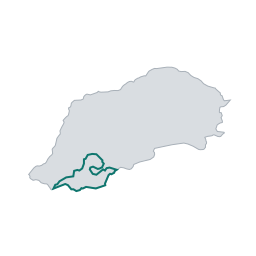 location of Borsod-Abaúj-Zemplén within Hungary, rotated 171°
{"feature_id": "HUN-3168", "entity_name": "Borsod-Abaúj-Zemplén", "entity_type": "County", "adm_level": 1, "iso_a3": "HUN", "parent_name": "Hungary", "parent_adm1": "", "projection": "robinson", "projection_center": [21.025, 48.121], "detail": "coarse", "context": "in_parent", "style": "outline", "palette": "teal", "viewbox_px": 256, "rotation_deg": 171, "n_neighbors": 0, "source": "natural_earth", "source_scale": "10m", "svg_char_len": 3204}
<svg xmlns="http://www.w3.org/2000/svg" viewBox="0 0 256 256"><g transform="rotate(171 128 128)"><path d="M210.3,79.7L213.2,79.4L213.3,79.4L214.0,79.6L214.5,81.4L214.6,81.5L215.3,82.7L216.0,84.3L217.0,85.5L219.3,86.0L222.3,87.5L224.2,90.2L227.1,91.4L227.3,91.4L227.9,91.3L230.0,91.2L230.4,91.7L232.1,93.1L232.8,94.3L232.4,95.5L232.7,97.0L233.4,97.5L232.6,98.4L227.3,103.2L225.1,104.5L223.7,104.8L221.5,104.3L219.2,104.6L217.2,105.7L215.3,106.0L213.9,107.2L212.1,109.8L209.8,112.0L207.5,113.4L206.4,114.6L206.2,118.9L205.0,120.1L203.3,121.3L202.4,122.4L199.8,128.9L197.8,131.0L195.9,132.6L195.6,134.0L195.7,135.7L193.5,139.0L190.8,142.4L190.2,143.8L190.9,145.7L188.2,147.9L186.6,149.0L185.3,149.5L184.5,150.9L183.2,154.2L183.6,155.7L183.6,157.1L181.4,157.9L180.7,159.4L180.1,161.3L179.2,162.1L176.6,163.7L170.3,163.0L167.9,163.5L167.2,164.6L167.0,165.5L166.2,166.4L164.8,167.4L163.3,167.9L160.0,166.6L152.9,167.9L151.6,168.9L150.7,168.2L149.1,167.6L142.0,166.8L139.2,167.4L135.5,167.2L132.0,166.5L129.4,167.1L127.1,169.7L126.0,170.6L125.1,171.1L123.1,172.0L121.5,173.0L119.3,173.7L117.3,173.6L115.5,172.5L114.8,172.7L114.2,173.8L113.2,174.6L110.5,175.7L109.8,175.7L109.6,175.7L107.5,176.5L104.0,177.0L102.3,176.7L99.0,180.3L98.1,181.0L95.0,182.1L92.5,182.7L90.4,182.2L89.6,182.2L80.2,182.0L75.3,181.2L72.2,179.8L70.1,178.2L69.1,176.4L66.7,175.4L62.8,175.0L59.9,173.2L57.8,170.1L54.9,167.6L51.3,165.8L48.5,163.2L46.4,159.9L42.6,156.9L37.1,154.3L35.5,153.7L35.2,152.8L32.5,149.5L31.4,148.3L31.5,146.6L31.0,145.7L30.0,145.1L29.6,142.7L29.3,140.9L28.5,139.8L22.6,139.6L27.7,135.3L30.2,134.2L33.0,134.4L34.0,134.0L34.2,133.4L34.7,132.0L35.0,130.7L35.3,129.5L35.0,128.8L33.6,128.6L33.0,125.6L33.8,124.4L34.5,123.7L33.7,120.0L34.0,118.7L36.2,118.5L38.1,117.8L39.6,116.9L40.1,115.8L41.4,113.4L40.3,110.6L33.9,108.8L33.6,108.1L35.1,107.3L36.7,106.1L37.7,105.2L38.9,105.1L40.6,105.6L43.7,107.6L44.9,107.9L46.0,107.3L47.3,107.2L50.7,107.3L53.6,106.8L53.0,104.6L53.0,103.0L52.6,101.8L52.9,100.4L54.1,99.3L54.5,96.8L56.3,95.2L57.2,95.0L60.3,95.3L61.1,95.7L61.6,95.8L66.5,99.8L71.3,102.8L75.2,104.4L80.9,104.5L87.0,104.6L97.3,104.1L104.9,103.7L105.5,102.9L106.6,101.1L105.7,99.6L105.8,97.8L107.1,95.4L110.9,93.5L121.8,92.6L128.0,91.1L129.0,89.1L131.1,87.2L133.0,86.8L135.5,87.7L138.6,89.4L141.4,90.3L143.0,89.7L148.5,86.8L154.8,84.0L159.2,76.2L159.7,75.0L164.4,74.1L171.3,74.2L174.8,75.3L177.4,75.8L181.4,75.6L187.1,73.9L189.3,74.0L190.9,75.2L192.7,76.2L193.9,77.4L194.9,79.2L195.4,79.8L196.2,80.7L197.6,82.0L199.0,82.3L209.6,80.2L210.3,79.7Z" fill="#d9dde1" stroke="#a8b0b8" stroke-width="1"/><path d="M169.2,73.3L178.7,76.4L182.1,75.3L183.4,75.9L185.3,74.2L188.9,73.8L191.4,76.0L193.6,76.3L196.3,81.0L198.8,82.5L211.1,79.8L208.7,83.3L206.6,83.5L204.0,86.1L196.7,88.9L189.6,88.8L187.9,94.1L184.6,94.5L182.7,93.6L179.6,95.2L177.1,99.7L176.4,104.0L174.7,104.2L172.0,107.7L167.4,108.0L163.3,107.0L158.3,100.1L158.7,98.6L157.5,96.6L159.7,93.3L162.4,92.4L164.3,92.3L168.6,95.3L171.4,94.8L172.2,93.0L170.0,88.2L166.5,86.8L159.1,91.0L157.4,89.6L155.4,91.7L152.4,91.8L145.7,88.5L147.8,87.6L148.7,85.9L151.6,84.9L152.9,85.6L154.5,84.6L159.4,76.8L159.4,75.0L169.2,73.3Z" fill="none" stroke="#0f766e" stroke-width="2"/></g></svg>